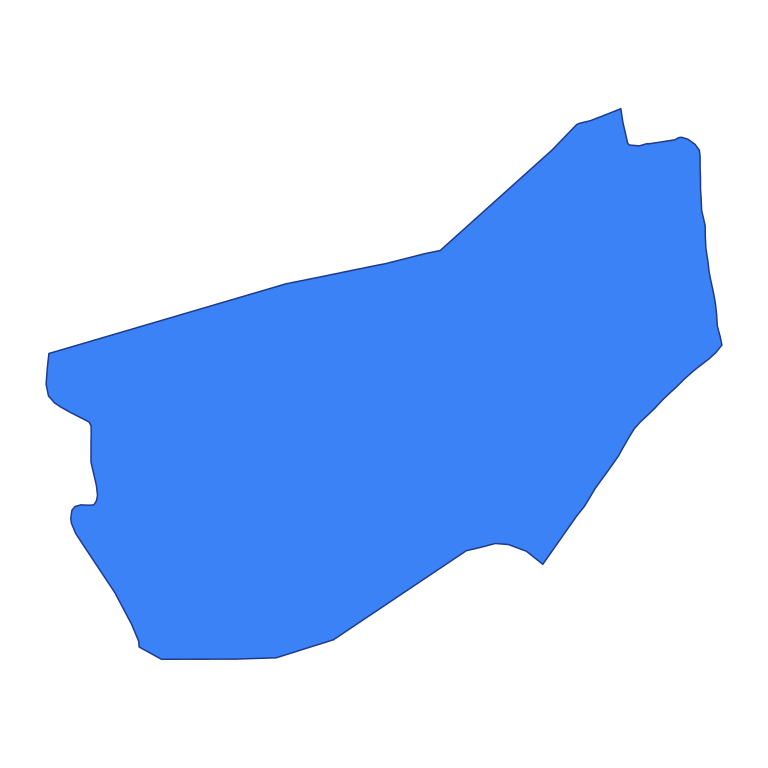 Harib Al Qaramish, Sana'a, Yemen (Equal Earth projection)
{"feature_id": "15242507B30866630212876", "entity_name": "Harib Al Qaramish", "entity_type": "district", "adm_level": 2, "iso_a3": "YEM", "parent_name": "Yemen", "parent_adm1": "Sana'a", "projection": "equal_earth", "projection_center": [44.65, 15.466], "detail": "fine", "context": "isolated", "style": "filled", "palette": "blue", "viewbox_px": 768, "rotation_deg": 0, "n_neighbors": 0, "source": "geoboundaries", "source_scale": "gbopen_adm2", "svg_char_len": 1630}
<svg xmlns="http://www.w3.org/2000/svg" viewBox="0 0 768 768"><path d="M721.9,345.0L720.1,336.3L717.3,326.0L716.6,314.4L715.4,303.5L713.6,293.3L711.1,281.8L709.1,271.7L707.9,261.3L705.9,248.5L705.3,236.7L705.2,225.8L701.6,210.2L701.2,199.4L700.5,189.0L700.5,178.3L700.1,167.9L700.1,156.6L699.3,150.1L695.0,144.3L688.2,139.4L684.4,138.1L681.6,137.3L678.7,137.6L674.9,139.8L649.7,143.7L646.8,143.7L638.8,146.0L638.0,145.6L637.2,145.7L629.3,145.0L627.7,143.3L622.9,122.3L620.8,108.7L608.8,113.5L590.1,120.8L579.8,123.2L576.7,124.5L552.2,149.9L440.2,250.5L424.7,253.7L384.8,263.8L376.9,265.3L352.8,270.2L314.4,278.1L308.2,279.3L307.1,279.6L286.3,283.7L48.9,353.5L47.3,368.2L46.1,384.2L48.5,396.0L54.7,403.0L61.0,407.2L70.5,412.5L82.7,418.7L89.0,422.0L91.1,425.9L91.2,433.8L91.0,443.1L91.0,462.2L96.4,485.5L97.5,495.3L96.4,500.9L93.8,504.9L89.3,505.2L80.7,504.9L74.9,506.6L71.9,510.3L70.8,518.1L71.3,522.9L75.6,533.3L82.7,544.2L99.8,570.0L114.9,592.7L129.1,619.6L131.5,624.1L138.8,641.5L139.1,646.9L139.6,647.2L140.0,647.5L161.5,659.3L183.7,659.2L235.9,659.1L276.1,657.8L281.0,656.3L300.9,650.0L333.4,639.8L466.3,550.7L478.8,547.8L495.3,543.5L508.3,544.5L526.3,551.2L542.8,564.3L576.8,515.8L584.4,506.4L590.1,497.0L592.9,492.3L595.3,488.3L600.9,480.5L606.5,472.9L610.4,467.4L612.5,464.5L618.5,455.9L623.4,447.0L625.1,444.1L628.4,438.3L634.4,428.5L639.3,423.1L640.6,421.7L642.8,419.7L645.6,417.1L647.2,415.6L655.8,407.3L656.3,406.6L662.8,399.7L664.0,398.5L669.4,393.4L677.1,386.3L684.4,379.0L692.9,371.4L694.6,370.0L701.9,364.3L705.4,361.6L709.1,358.8L716.1,352.3L721.9,345.0Z" fill="#3b82f6" stroke="#1e3a8a" stroke-width="1.5"/></svg>